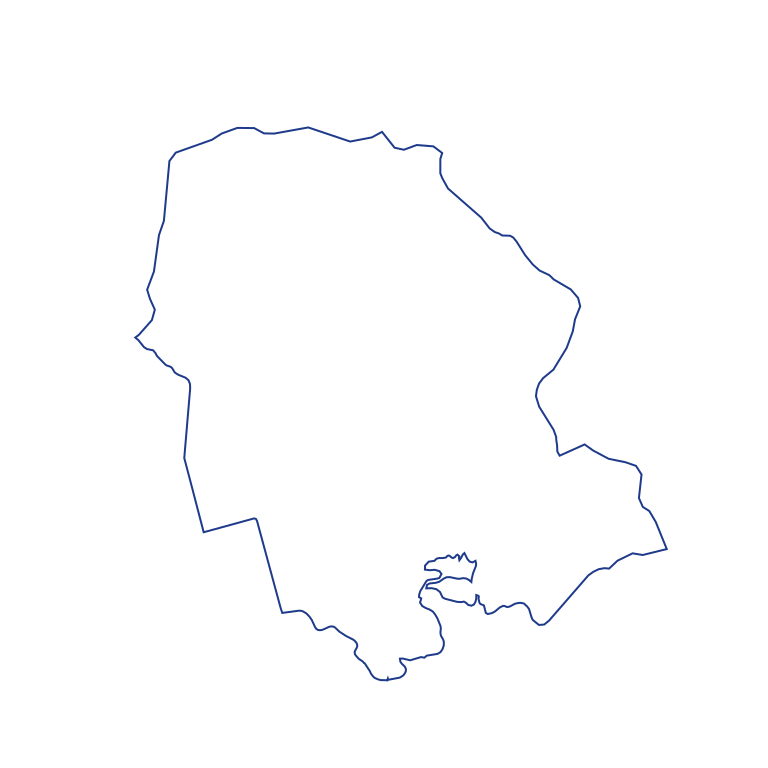 outline of Khuzestan, rotated 344°
{"feature_id": "IRN-3219", "entity_name": "Khuzestan", "entity_type": "Province", "adm_level": 1, "iso_a3": "IRN", "parent_name": "Iran", "parent_adm1": "", "projection": "albers", "projection_center": [48.994, 31.501], "detail": "fine", "context": "isolated", "style": "outline", "palette": "blue", "viewbox_px": 768, "rotation_deg": 344, "n_neighbors": 0, "source": "natural_earth", "source_scale": "10m", "svg_char_len": 3692}
<svg xmlns="http://www.w3.org/2000/svg" viewBox="0 0 768 768"><g transform="rotate(344 384 384)"><path d="M256.4,603.3L254.5,603.0L252.7,602.2L251.5,600.8L250.8,599.0L249.5,590.8L248.1,586.8L246.1,583.1L243.4,580.2L241.8,579.2L240.0,578.5L223.1,576.0L222.9,570.3L224.2,480.8L223.7,478.4L222.1,477.4L169.8,476.8L170.9,431.9L171.6,400.1L196.5,334.7L197.5,330.5L197.1,326.5L194.9,323.2L188.8,318.4L186.3,315.6L185.7,314.2L184.9,310.9L184.1,309.2L182.9,308.1L180.1,306.2L179.0,304.7L173.5,294.5L172.8,291.2L171.3,287.9L165.8,285.1L163.4,282.3L160.0,274.2L157.7,270.8L161.9,269.2L178.5,258.6L184.2,249.4L182.5,237.6L182.3,228.1L193.9,212.4L208.7,178.9L217.4,166.5L239.2,110.5L247.6,104.2L286.1,101.8L297.0,98.5L313.6,97.4L329.7,102.2L337.7,110.0L347.4,113.0L381.9,116.5L418.3,141.6L440.2,143.6L451.6,141.1L459.3,159.8L467.7,164.3L481.3,163.3L497.0,169.2L503.6,178.0L500.2,183.2L496.2,197.0L496.8,202.5L499.4,213.7L523.4,251.0L528.4,263.5L532.3,268.4L536.2,271.2L538.5,273.8L546.0,276.2L548.6,278.8L550.7,283.7L555.2,299.1L560.0,310.2L564.9,317.9L572.9,324.9L576.0,330.3L589.6,344.6L594.3,354.8L594.0,363.5L585.5,374.4L580.0,385.4L569.6,399.6L550.8,416.9L538.6,422.2L533.2,426.3L529.3,431.7L526.7,437.7L526.9,448.6L534.4,474.8L534.9,482.3L534.2,485.1L533.5,490.6L532.0,496.7L533.1,501.3L560.2,497.4L566.7,505.6L579.3,517.8L594.6,525.8L603.7,532.2L606.6,542.0L597.6,563.9L598.9,573.5L604.0,579.2L607.2,591.5L610.3,620.6L585.6,619.7L576.3,615.3L559.8,618.2L549.5,623.5L545.2,621.8L539.5,621.2L533.5,622.2L527.7,624.3L477.5,656.9L471.7,659.4L466.5,658.3L461.9,651.7L461.5,648.7L461.4,640.3L460.2,637.1L459.0,635.4L458.6,634.4L458.0,633.6L456.2,632.6L454.7,631.9L453.2,631.6L449.7,631.3L448.0,631.6L444.5,632.4L442.6,632.6L440.8,632.3L438.5,630.5L437.1,630.1L433.8,630.7L427.8,633.3L424.5,634.0L420.3,633.7L418.8,632.1L419.0,624.4L418.5,623.9L416.3,622.3L415.6,621.2L415.5,620.2L415.6,617.4L415.8,616.0L416.5,614.8L416.4,613.6L414.5,612.3L413.6,615.5L411.9,618.6L409.6,620.8L406.8,621.2L403.9,619.4L402.6,617.0L400.8,615.2L398.0,614.9L394.3,613.6L383.7,607.4L381.5,605.3L380.5,599.4L377.7,595.6L373.5,593.4L368.3,592.1L370.0,589.0L372.7,588.3L379.2,589.4L382.7,589.3L387.9,587.5L390.9,587.0L394.1,587.8L400.7,591.3L403.0,592.1L406.5,592.4L409.2,593.5L411.4,595.5L413.4,598.4L414.4,595.9L417.4,590.5L422.1,584.4L423.0,582.4L423.2,579.2L419.9,579.9L417.5,578.4L416.0,575.5L414.7,568.7L412.8,569.6L410.3,572.3L407.9,574.2L408.1,571.8L408.3,571.2L408.9,570.4L407.6,568.3L406.2,568.6L404.6,569.9L402.4,570.4L401.4,569.7L399.6,567.2L398.5,566.6L397.5,566.8L396.0,567.7L395.2,567.9L392.0,567.4L389.1,566.5L386.4,566.4L383.7,567.9L378.0,567.1L373.4,569.9L372.2,573.7L376.6,575.6L381.6,576.6L385.7,579.2L386.9,582.5L383.7,585.7L381.0,585.7L372.4,584.5L370.5,585.1L361.7,593.2L361.1,594.1L359.7,596.3L358.9,598.6L360.7,600.3L360.0,601.6L359.0,603.1L358.4,604.1L359.6,608.0L362.4,610.9L365.7,613.4L368.3,616.3L369.6,619.6L370.7,623.8L371.6,632.1L371.3,634.5L369.8,638.3L369.4,640.4L369.5,642.3L370.4,645.9L370.5,648.0L369.5,651.6L367.3,654.9L364.4,657.3L361.1,658.2L350.2,656.9L347.4,658.2L344.3,656.7L333.0,656.8L326.2,653.0L323.6,652.4L323.2,655.6L324.0,657.8L326.1,661.3L326.5,663.9L326.0,665.7L324.9,667.3L323.4,668.6L322.0,669.5L318.3,670.6L306.5,669.5L306.5,668.2L305.7,669.3L305.5,669.8L304.4,669.3L299.4,667.8L297.0,666.4L294.8,664.6L293.7,663.5L293.0,662.3L291.6,658.7L291.3,656.2L288.4,647.0L287.9,646.7L287.0,644.8L283.9,641.1L281.9,636.8L281.6,635.5L281.9,633.5L283.2,631.9L284.7,630.5L285.9,628.9L286.4,627.0L286.1,625.0L285.2,623.1L284.2,621.5L278.0,615.7L272.9,609.8L269.7,604.4L268.2,603.1L266.2,602.4L264.2,602.3L258.3,603.2L256.4,603.3Z" fill="none" stroke="#1e3a8a" stroke-width="2"/></g></svg>